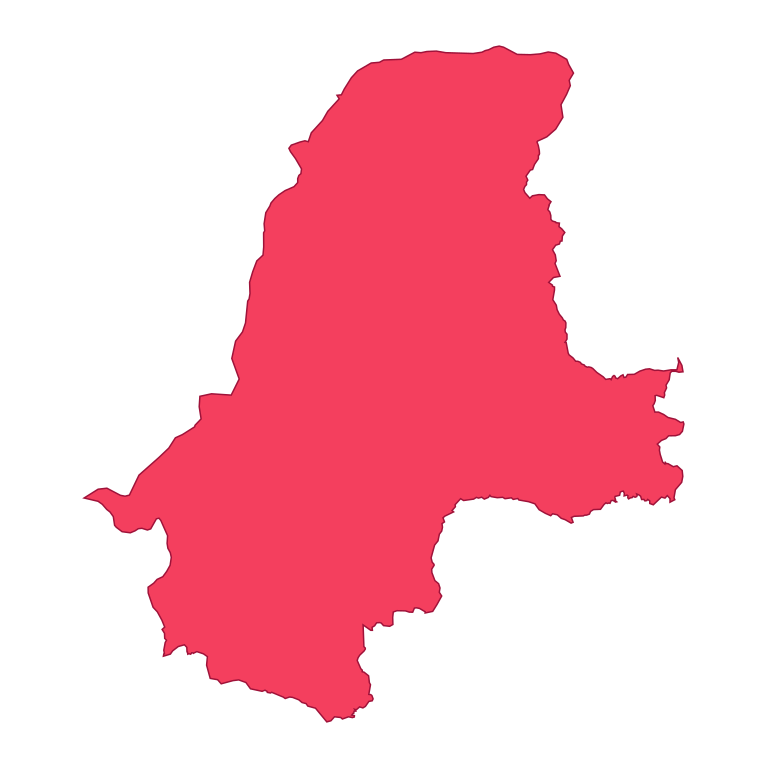 the district of Myingyan, Mandalay, Myanmar
{"feature_id": "60261553B69002423633875", "entity_name": "Myingyan", "entity_type": "district", "adm_level": 2, "iso_a3": "MMR", "parent_name": "Myanmar", "parent_adm1": "Mandalay", "projection": "albers", "projection_center": [95.599, 21.47], "detail": "fine", "context": "isolated", "style": "filled", "palette": "rose", "viewbox_px": 768, "rotation_deg": 0, "n_neighbors": 0, "source": "geoboundaries", "source_scale": "gbopen_adm2", "svg_char_len": 6095}
<svg xmlns="http://www.w3.org/2000/svg" viewBox="0 0 768 768"><path d="M84.1,498.0L98.1,501.3L102.3,504.3L106.7,509.4L110.0,512.0L113.3,516.6L114.6,525.3L116.3,527.3L122.1,531.7L130.3,532.8L135.1,530.8L138.3,528.7L141.9,528.3L147.4,530.0L150.7,528.9L156.4,518.8L159.0,518.2L160.8,520.4L167.6,535.7L167.1,543.4L167.9,548.3L170.3,552.7L171.3,557.4L170.1,565.3L166.7,571.4L162.8,576.7L157.1,579.4L153.7,583.2L148.1,587.2L148.2,593.0L153.1,607.3L157.3,611.8L161.9,620.2L164.7,627.1L162.1,629.4L164.5,633.3L164.7,638.4L166.5,640.2L165.2,642.5L163.8,650.2L164.4,653.7L163.8,653.9L163.4,656.2L170.4,654.1L172.6,650.9L178.3,646.5L184.4,644.8L186.8,647.3L187.0,651.8L187.4,651.9L187.8,654.2L188.8,653.7L190.7,654.2L191.7,652.8L193.2,652.9L193.4,653.3L196.8,651.6L203.4,653.8L207.4,656.6L206.6,665.2L210.2,678.4L217.6,679.7L221.2,683.8L233.1,680.6L238.7,679.9L245.9,682.5L250.5,688.8L262.1,691.3L265.0,690.2L267.1,691.4L267.3,692.4L270.5,693.0L271.7,692.3L283.3,697.1L285.2,698.5L289.6,697.0L292.6,697.4L298.8,699.8L302.0,702.5L306.1,703.6L307.8,706.1L315.5,708.2L326.8,721.9L330.9,720.8L334.5,716.8L340.7,717.5L342.4,719.0L348.5,716.8L352.4,717.6L354.3,717.0L354.4,715.6L351.7,715.1L353.1,713.3L353.7,713.3L354.1,711.2L355.7,711.1L354.6,709.3L356.3,709.8L359.6,706.9L362.9,707.9L365.4,706.4L368.9,701.4L372.2,700.8L373.1,698.9L371.9,695.5L370.7,694.6L368.8,694.4L370.5,684.7L369.4,682.7L368.6,675.8L364.1,672.2L362.2,671.7L362.3,670.2L360.8,668.7L357.2,660.5L358.1,657.7L359.8,655.1L364.0,651.1L365.3,649.1L365.3,648.1L363.9,646.6L363.1,624.9L370.7,630.3L372.4,630.3L372.1,627.3L374.6,625.8L376.6,622.8L379.9,622.6L381.3,623.1L383.5,625.6L389.7,626.3L392.9,624.5L392.7,617.4L393.3,612.0L396.9,610.7L402.9,610.8L405.5,610.9L409.2,612.1L412.7,612.2L414.4,608.1L416.4,607.8L419.5,608.4L425.2,611.8L425.1,613.0L432.7,611.4L437.0,604.5L441.7,596.0L439.3,592.3L440.0,588.0L438.6,583.7L434.9,580.6L431.9,572.6L431.7,569.2L434.1,565.3L434.0,564.3L432.2,562.2L431.1,557.9L434.6,545.1L438.0,540.9L439.4,534.1L441.7,531.1L442.5,527.2L442.0,523.6L444.5,521.9L443.0,517.8L444.9,516.1L453.6,511.9L452.0,510.6L455.4,506.7L455.1,504.7L460.6,498.7L463.6,500.5L473.7,499.1L476.4,497.4L478.5,498.1L481.7,497.2L484.3,499.1L488.4,497.4L489.9,495.3L491.0,496.6L497.3,497.7L502.7,497.3L505.0,498.7L511.4,497.8L513.2,499.4L517.8,498.5L518.9,500.0L528.6,501.7L534.9,503.8L539.1,509.7L545.3,513.3L550.7,515.7L552.6,513.8L557.3,514.8L561.2,518.3L565.2,519.7L571.1,523.1L573.1,522.3L571.4,517.5L574.1,516.3L583.3,515.9L584.6,515.2L586.7,515.1L589.4,514.1L590.6,511.4L593.5,509.6L600.5,509.3L604.1,504.4L606.0,502.8L607.2,503.5L608.8,503.0L610.0,503.3L611.2,500.6L613.0,500.4L615.6,502.1L616.7,501.8L614.9,500.1L615.5,499.4L614.8,497.6L615.1,496.4L619.6,495.3L620.3,492.0L622.2,491.3L623.4,491.2L624.3,493.3L624.1,495.9L627.0,495.1L627.9,495.6L627.8,497.8L628.6,498.9L630.8,497.7L632.0,497.7L633.1,496.4L635.1,497.2L636.7,496.6L637.2,495.3L636.7,494.0L638.7,494.8L640.6,496.2L641.6,499.5L643.9,499.4L644.9,500.9L646.8,500.6L647.7,499.4L649.7,500.8L649.8,503.5L653.3,504.8L661.4,497.1L665.0,498.1L667.3,495.6L670.0,498.6L670.0,502.2L674.8,499.7L674.0,497.8L675.4,489.7L681.7,482.3L682.8,476.4L682.2,470.5L677.0,465.8L673.3,466.7L667.9,463.6L666.4,463.6L665.3,462.4L664.9,464.0L662.6,462.0L660.2,454.4L659.4,450.2L659.8,447.0L657.3,444.1L661.5,440.4L665.9,438.6L668.6,435.8L675.5,435.7L679.6,434.5L682.4,431.3L683.9,424.0L683.2,421.9L680.7,422.5L675.4,419.3L668.0,417.5L664.0,414.7L658.6,412.1L654.9,412.1L652.8,405.7L654.1,403.8L655.3,400.5L655.1,395.7L656.7,395.3L663.8,397.7L664.7,395.1L664.4,392.6L666.6,387.9L666.0,385.2L669.2,379.8L670.2,373.0L671.7,371.3L675.7,371.3L678.9,372.2L683.0,371.8L681.9,365.4L677.7,357.5L678.7,362.4L676.9,369.8L671.2,369.8L663.6,371.0L658.1,370.2L654.6,370.4L649.6,368.8L645.6,369.2L639.9,371.1L634.3,374.3L627.6,374.5L625.9,377.1L624.0,377.5L623.0,374.8L620.8,375.9L617.7,378.7L615.6,377.9L615.1,376.3L614.0,375.5L612.6,376.5L611.1,379.7L610.1,378.7L605.7,379.4L603.3,376.9L596.9,372.5L592.8,368.5L591.2,367.5L588.7,366.9L587.4,367.2L585.1,366.2L584.3,365.0L581.4,363.9L580.4,362.4L577.9,361.3L575.6,361.2L573.2,358.1L569.1,354.9L568.2,353.1L566.2,342.6L565.0,342.4L567.0,339.1L567.0,334.2L565.3,332.1L565.0,329.8L565.8,327.6L565.9,322.9L565.1,321.1L563.3,319.9L562.4,318.0L559.3,314.2L557.1,309.7L556.3,305.2L552.8,299.7L554.5,290.0L554.5,287.0L552.5,286.3L552.4,285.1L548.7,282.4L553.5,277.5L560.0,276.3L555.0,263.4L556.2,260.8L555.3,254.9L552.5,249.7L555.7,245.2L559.4,244.0L560.3,241.2L562.0,241.0L562.4,236.0L564.8,232.5L561.8,228.9L559.0,226.7L559.4,223.1L556.0,222.7L555.7,222.0L552.3,221.0L550.9,219.4L550.8,215.5L549.8,212.0L547.8,209.6L549.2,205.5L548.9,205.1L551.0,201.7L547.4,198.8L544.5,194.9L538.9,194.6L532.4,195.8L529.8,198.2L524.9,192.6L523.6,189.4L524.9,186.4L526.5,184.7L526.5,182.1L527.8,180.1L526.0,176.2L530.3,170.1L532.6,169.5L534.5,164.4L538.4,158.7L538.4,155.3L539.1,154.9L539.5,153.7L539.3,150.6L538.3,145.5L537.0,142.0L537.6,141.1L546.9,136.8L555.7,129.1L562.9,117.3L561.0,104.7L566.6,94.3L570.3,85.7L569.2,80.3L573.5,73.1L568.7,64.5L566.8,59.4L555.9,53.2L548.2,52.0L540.0,53.9L530.3,54.7L517.2,54.4L503.6,47.2L499.2,46.1L493.8,47.2L488.5,49.8L485.2,50.6L482.0,52.2L473.1,53.5L445.8,52.7L436.3,51.1L426.9,51.5L421.0,52.7L414.8,52.2L401.3,59.3L383.7,60.0L379.4,62.3L371.2,63.0L357.6,70.9L351.4,77.7L344.3,89.0L341.4,94.8L337.0,95.3L339.2,98.8L327.8,111.3L322.5,120.5L311.3,132.8L308.3,141.7L304.9,140.8L300.1,142.0L291.3,145.1L288.9,148.3L290.5,151.7L295.5,158.6L301.5,168.9L300.9,173.7L298.9,175.4L297.7,178.6L297.7,182.6L294.0,186.7L285.1,190.6L278.9,194.8L274.8,198.5L271.0,203.0L269.9,206.0L265.8,212.7L264.1,223.8L264.7,230.8L263.6,232.8L263.7,247.0L263.0,255.1L256.8,260.9L252.7,271.8L249.6,282.3L250.0,293.5L249.1,298.9L247.7,301.1L245.5,323.0L242.5,331.9L235.6,341.1L231.8,358.5L239.2,379.0L231.2,395.1L211.5,393.8L199.9,396.3L199.2,406.7L201.1,418.9L195.0,425.3L194.7,426.8L182.4,434.6L175.4,437.8L168.8,448.1L158.9,457.5L139.0,475.1L129.4,495.1L125.1,496.2L120.4,495.3L106.9,488.2L98.1,489.2L84.1,498.0Z" fill="#f43f5e" stroke="#9f1239" stroke-width="1.5"/></svg>